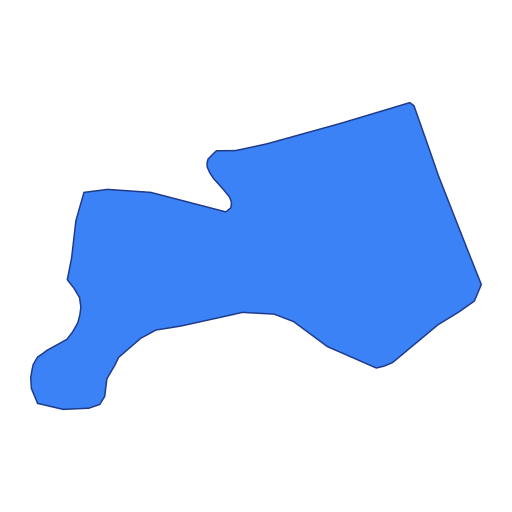 the district of San Francisco La Unión, Quezaltenango, Guatemala
{"feature_id": "79465075B13739271835933", "entity_name": "San Francisco La Unión", "entity_type": "district", "adm_level": 2, "iso_a3": "GTM", "parent_name": "Guatemala", "parent_adm1": "Quezaltenango", "projection": "mercator", "projection_center": [-91.556, 14.925], "detail": "fine", "context": "isolated", "style": "filled", "palette": "blue", "viewbox_px": 512, "rotation_deg": 0, "n_neighbors": 0, "source": "geoboundaries", "source_scale": "gbopen_adm2", "svg_char_len": 877}
<svg xmlns="http://www.w3.org/2000/svg" viewBox="0 0 512 512"><path d="M67.3,279.7L73.9,288.1L79.5,297.5L80.9,307.1L79.9,314.7L77.8,322.8L72.5,332.1L66.9,339.3L46.9,350.4L42.4,353.8L37.6,357.0L33.2,364.6L32.0,370.0L30.7,377.6L31.4,388.5L37.6,403.4L63.2,409.4L88.8,408.2L99.8,404.4L104.7,396.4L106.9,378.7L114.6,365.6L118.6,357.4L140.8,338.2L156.0,330.0L181.1,326.0L242.5,312.4L274.0,314.1L293.6,321.6L327.4,346.6L376.3,368.0L383.9,366.2L392.5,362.6L437.9,324.8L459.1,311.8L474.4,301.0L481.3,284.5L466.2,246.5L438.3,175.4L431.1,154.5L425.8,139.4L414.0,105.8L409.8,102.6L340.1,123.5L266.2,144.0L235.4,150.6L216.4,150.8L211.9,155.1L208.0,159.2L207.0,163.1L207.3,167.3L209.8,172.8L213.7,178.7L223.6,189.7L229.8,197.4L231.5,202.7L230.8,207.9L225.8,211.9L150.8,192.4L107.5,189.4L84.0,192.4L75.9,220.7L71.6,258.0L67.3,279.7Z" fill="#3b82f6" stroke="#1e3a8a" stroke-width="1.5"/></svg>